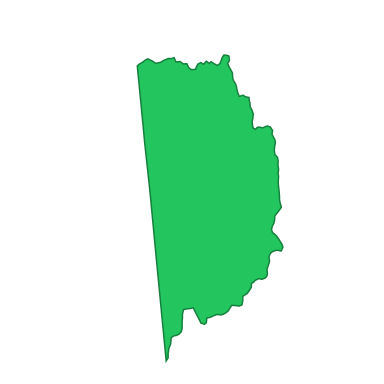 Milhã, Ceará, Brazil (Robinson projection), rotated 153°
{"feature_id": "56859067B33545091671034", "entity_name": "Milhã", "entity_type": "district", "adm_level": 2, "iso_a3": "BRA", "parent_name": "Brazil", "parent_adm1": "Ceará", "projection": "robinson", "projection_center": [-39.196, -5.645], "detail": "fine", "context": "isolated", "style": "filled", "palette": "green", "viewbox_px": 384, "rotation_deg": 153, "n_neighbors": 0, "source": "geoboundaries", "source_scale": "gbopen_adm2", "svg_char_len": 2114}
<svg xmlns="http://www.w3.org/2000/svg" viewBox="0 0 384 384"><g transform="rotate(153 192 192)"><path d="M265.1,72.3L262.8,74.9L259.8,80.7L257.7,84.1L255.8,87.7L252.9,91.1L249.1,90.0L246.0,88.8L243.5,88.4L243.5,82.4L243.5,78.2L243.5,75.5L243.5,71.2L240.9,68.4L238.6,69.0L235.9,73.1L232.7,72.0L229.7,72.0L225.2,71.5L222.0,69.3L219.0,68.9L216.6,69.0L214.0,69.5L208.1,73.0L204.2,70.7L201.7,68.9L198.7,68.8L196.2,71.9L194.1,76.0L191.3,76.3L189.0,76.5L186.2,77.9L182.5,80.1L180.5,83.6L178.1,83.6L175.9,84.6L172.0,84.5L169.3,82.5L166.2,82.1L163.7,82.9L162.0,84.8L160.3,89.0L157.1,92.3L154.6,94.7L152.7,99.5L150.1,101.7L147.0,102.4L142.7,101.6L139.3,98.9L135.9,101.7L135.6,105.0L136.1,110.7L136.6,114.4L137.5,116.8L138.7,119.3L138.2,122.4L135.8,125.2L133.5,126.7L131.2,129.4L129.2,133.0L125.6,134.7L123.3,135.7L119.2,137.9L118.5,142.0L117.6,145.2L115.6,149.3L114.2,152.8L113.0,155.9L112.0,158.6L110.7,161.6L107.8,166.6L106.7,169.7L104.6,172.8L103.2,176.9L101.2,180.5L100.1,183.9L101.1,187.8L99.7,191.9L97.4,195.5L95.3,198.0L94.4,201.0L94.5,204.3L94.5,207.1L92.3,210.2L92.7,214.2L94.6,216.5L97.1,217.0L99.9,217.0L102.3,219.1L104.5,220.0L106.9,219.0L108.4,221.1L107.9,223.7L106.5,227.2L104.4,229.9L102.0,233.7L101.4,237.6L101.4,241.8L99.9,245.1L99.4,247.7L98.3,250.4L101.1,252.5L102.6,255.1L106.5,255.7L106.2,259.2L105.7,262.1L104.5,265.8L104.1,268.9L104.4,271.9L104.2,274.5L103.1,277.1L101.9,279.9L102.0,283.2L102.1,286.7L101.9,290.3L98.9,292.2L97.4,296.4L99.0,298.1L101.5,299.5L103.6,298.4L106.4,295.9L108.8,293.8L111.8,293.2L114.2,296.4L115.8,299.5L118.2,298.7L119.8,302.0L123.8,300.6L125.3,303.3L128.7,303.3L131.2,301.6L133.2,299.7L135.3,300.5L137.4,301.6L138.5,304.8L138.4,308.6L141.6,310.2L143.5,313.7L147.2,315.2L147.0,319.8L149.7,320.2L152.5,321.7L156.9,322.1L161.1,321.8L165.8,323.1L168.1,327.0L170.9,330.7L173.3,330.8L176.9,330.1L180.7,329.9L183.5,329.2L207.9,267.2L211.8,257.4L225.5,221.3L231.2,206.6L237.6,190.4L241.6,180.3L252.6,152.5L291.7,53.2L288.5,55.1L286.9,58.4L283.5,63.3L280.1,66.2L276.6,71.7L273.6,72.1L271.0,71.3L268.1,71.2L265.1,72.3Z" fill="#22c55e" stroke="#15803d" stroke-width="1.5"/></g></svg>